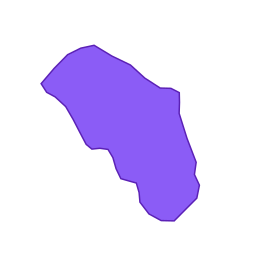 map outline of Ucar (Mercator projection), rotated 215°
{"feature_id": "AZE-1718", "entity_name": "Ucar", "entity_type": "District", "adm_level": 1, "iso_a3": "AZE", "parent_name": "Azerbaijan", "parent_adm1": "", "projection": "mercator", "projection_center": [47.727, 40.414], "detail": "fine", "context": "isolated", "style": "filled", "palette": "violet", "viewbox_px": 256, "rotation_deg": 215, "n_neighbors": 0, "source": "natural_earth", "source_scale": "10m", "svg_char_len": 609}
<svg xmlns="http://www.w3.org/2000/svg" viewBox="0 0 256 256"><g transform="rotate(215 128 128)"><path d="M224.6,114.5L222.7,134.4L219.5,153.5L212.5,166.3L203.2,176.3L182.4,177.7L162.1,181.0L142.9,178.5L124.5,179.2L115.6,185.1L106.3,186.4L100.5,178.5L94.5,169.3L73.8,153.4L52.5,139.0L46.9,128.0L36.7,122.1L31.4,110.0L33.9,95.8L36.9,78.4L47.7,71.2L61.5,69.6L75.7,74.1L81.9,81.5L89.6,87.7L97.0,85.1L104.8,82.4L114.4,87.8L123.4,95.1L132.1,99.0L139.5,95.2L145.5,90.0L152.9,90.6L165.3,97.0L177.7,103.5L191.3,109.8L205.5,111.7L215.1,110.6L224.6,114.5Z" fill="#8b5cf6" stroke="#5b21b6" stroke-width="1.5"/></g></svg>